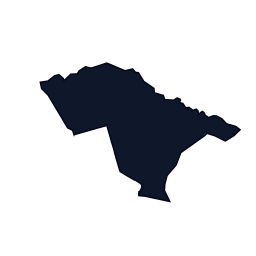 outline of Prince George's, Maryland, United States of America, rotated 299°
{"feature_id": "52423323B69501139245181", "entity_name": "Prince George's", "entity_type": "district", "adm_level": 2, "iso_a3": "USA", "parent_name": "United States of America", "parent_adm1": "Maryland", "projection": "orthographic", "projection_center": [-76.846, 38.833], "detail": "fine", "context": "isolated", "style": "filled", "palette": "ink", "viewbox_px": 256, "rotation_deg": 299, "n_neighbors": 0, "source": "geoboundaries", "source_scale": "gbopen_adm2", "svg_char_len": 1482}
<svg xmlns="http://www.w3.org/2000/svg" viewBox="0 0 256 256"><g transform="rotate(299 128 128)"><path d="M180.8,226.9L181.6,221.3L179.4,212.1L181.5,205.8L181.5,199.7L179.9,196.5L176.2,193.5L176.5,189.5L178.4,186.8L178.5,184.9L174.1,182.9L176.8,181.1L177.6,178.5L175.0,176.4L175.6,171.5L173.8,168.7L174.0,168.1L174.5,167.1L176.0,164.1L175.9,163.3L175.4,161.9L175.4,161.3L175.6,160.7L175.9,160.4L177.7,160.4L178.2,160.1L178.4,159.6L178.2,157.8L178.2,156.7L177.8,156.2L174.5,154.6L170.6,146.3L173.6,143.1L171.5,133.9L175.2,131.5L176.4,119.2L181.4,110.3L180.3,107.5L181.9,103.5L176.6,97.6L174.5,78.0L162.6,66.9L160.9,61.1L154.4,57.6L150.7,57.4L147.3,51.9L140.2,49.7L138.6,48.8L139.9,47.4L141.2,41.7L137.9,38.4L130.2,35.2L125.5,29.1L120.6,33.4L118.0,42.3L109.1,57.6L104.0,66.5L103.2,67.7L98.9,75.1L99.1,80.7L95.9,84.1L96.0,84.1L98.7,86.8L111.6,99.7L113.4,101.5L115.3,103.5L120.0,108.3L119.7,108.6L117.5,110.8L117.2,111.1L109.6,118.7L108.5,119.7L107.4,120.8L106.4,121.9L101.9,126.5L98.4,129.7L96.5,131.8L96.2,131.9L90.2,138.0L86.4,141.9L86.3,142.0L86.1,142.4L86.1,143.9L85.9,148.0L85.8,149.5L85.7,156.8L85.6,158.5L85.9,159.7L85.7,164.2L85.5,166.2L84.7,167.6L82.7,169.0L79.5,169.1L77.8,168.8L77.6,168.5L77.4,168.6L75.9,169.1L74.1,170.3L76.5,175.6L84.0,200.1L91.0,190.1L96.8,187.4L105.3,185.2L118.9,188.0L132.0,186.1L159.3,199.1L161.6,199.5L163.3,207.5L163.8,219.3L173.1,224.6L173.9,223.7L174.1,224.7L174.3,224.8L180.8,226.9Z" fill="#0f172a" stroke="#020617" stroke-width="1.5"/></g></svg>